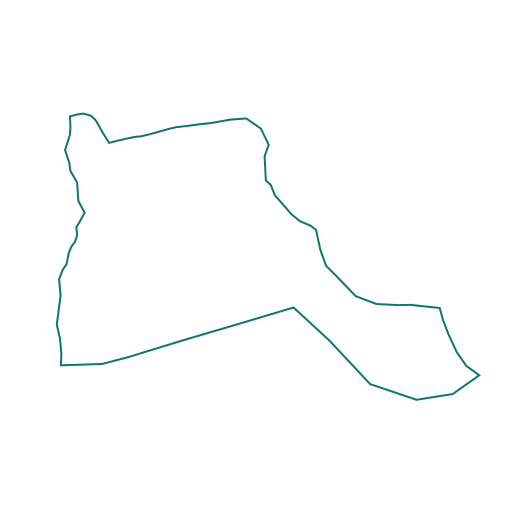 Khartoum, Khartoum, Sudan (Albers equal-area conic projection), rotated 353°
{"feature_id": "16777658B94119143973525", "entity_name": "Khartoum", "entity_type": "district", "adm_level": 2, "iso_a3": "SDN", "parent_name": "Sudan", "parent_adm1": "Khartoum", "projection": "albers", "projection_center": [32.553, 15.552], "detail": "fine", "context": "isolated", "style": "outline", "palette": "teal", "viewbox_px": 512, "rotation_deg": 353, "n_neighbors": 0, "source": "geoboundaries", "source_scale": "gbopen_adm2", "svg_char_len": 1138}
<svg xmlns="http://www.w3.org/2000/svg" viewBox="0 0 512 512"><g transform="rotate(353 256 256)"><path d="M88.4,94.8L87.5,105.6L86.2,112.6L83.1,119.6L79.4,127.5L82.1,141.2L82.1,148.7L87.4,161.2L86.4,179.7L88.7,185.8L91.2,192.2L85.4,200.2L81.1,205.7L81.1,213.2L78.2,219.6L73.6,224.6L70.2,231.1L66.9,241.1L62.5,246.1L57.7,255.1L57.2,271.7L53.3,286.7L51.6,293.2L49.9,299.7L51.4,314.2L50.9,329.2L49.0,340.7L65.3,342.2L90.1,344.4L118.7,340.5L138.2,337.0L172.5,330.9L229.2,321.5L287.0,311.7L318.7,349.1L353.7,397.1L397.9,418.3L416.0,417.6L434.4,417.0L463.0,401.6L451.3,390.6L443.5,375.8L437.3,356.5L433.7,341.8L432.0,330.0L403.2,323.3L391.2,322.1L369.6,318.3L350.2,308.1L344.7,300.9L333.7,286.2L324.3,274.2L320.6,257.5L318.8,237.5L314.2,232.8L303.8,226.8L295.9,218.5L291.8,212.2L282.2,198.2L279.3,187.2L275.0,182.2L276.7,157.9L282.2,147.2L276.4,130.2L263.1,118.3L247.0,117.5L228.7,118.5L215.3,118.4L200.7,118.5L192.5,118.4L185.2,119.2L178.6,120.2L164.8,122.3L156.6,123.2L150.3,123.0L134.9,124.4L124.0,125.8L118.9,115.0L115.9,107.5L113.2,101.3L109.4,96.8L102.4,93.7L96.1,93.7L88.4,94.8Z" fill="none" stroke="#0f766e" stroke-width="2"/></g></svg>